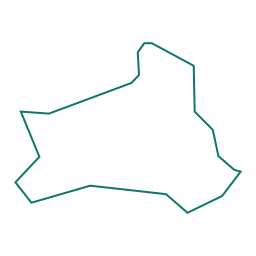 Walsall, Robinson projection
{"feature_id": "GBR-5694", "entity_name": "Walsall", "entity_type": "Metropolitan Borough", "adm_level": 1, "iso_a3": "GBR", "parent_name": "United Kingdom", "parent_adm1": "", "projection": "robinson", "projection_center": [-1.949, 52.606], "detail": "fine", "context": "isolated", "style": "outline", "palette": "teal", "viewbox_px": 256, "rotation_deg": 0, "n_neighbors": 0, "source": "natural_earth", "source_scale": "10m", "svg_char_len": 366}
<svg xmlns="http://www.w3.org/2000/svg" viewBox="0 0 256 256"><path d="M15.4,182.3L39.4,156.8L20.8,111.6L48.9,113.6L131.5,82.9L139.0,75.0L137.8,52.3L144.3,43.2L151.8,43.2L193.7,65.8L194.7,111.6L212.8,129.9L218.4,156.1L234.1,169.7L240.6,171.7L222.2,195.9L187.5,212.8L166.1,194.2L90.1,185.7L31.4,202.7L15.4,182.3Z" fill="none" stroke="#0f766e" stroke-width="2"/></svg>